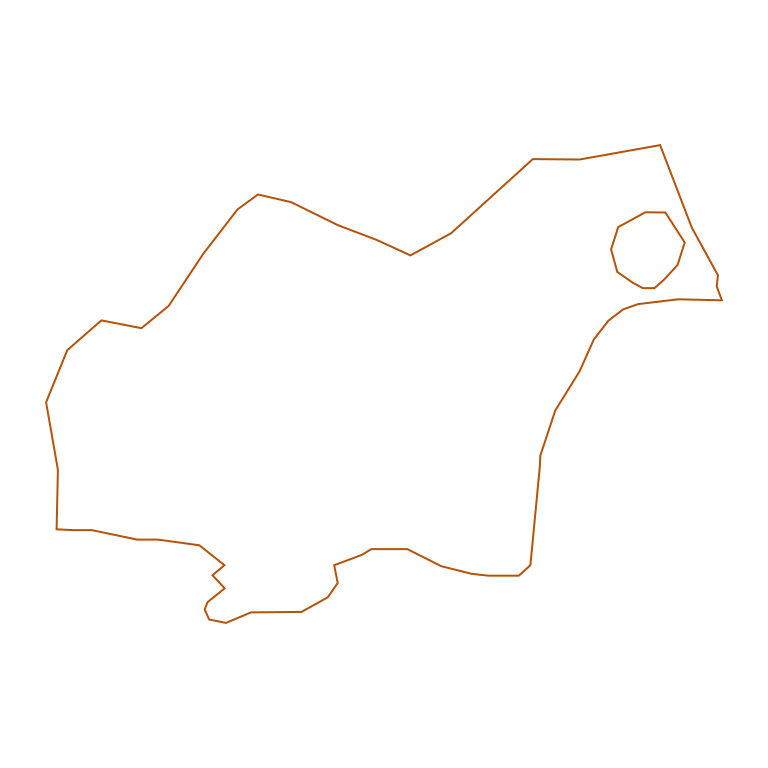 Sinpho City, Hamgyŏng-namdo, North Korea
{"feature_id": "82179303B3587564724867", "entity_name": "Sinpho City", "entity_type": "district", "adm_level": 2, "iso_a3": "PRK", "parent_name": "North Korea", "parent_adm1": "Hamgyŏng-namdo", "projection": "equal_earth", "projection_center": [128.266, 40.067], "detail": "fine", "context": "isolated", "style": "outline", "palette": "amber", "viewbox_px": 768, "rotation_deg": 0, "n_neighbors": 0, "source": "geoboundaries", "source_scale": "gbopen_adm2", "svg_char_len": 973}
<svg xmlns="http://www.w3.org/2000/svg" viewBox="0 0 768 768"><path d="M56.6,529.3L72.8,530.1L91.7,530.1L137.1,539.6L157.9,539.6L199.4,545.3L224.4,565.2L212.5,575.3L224.7,588.3L207.5,602.2L204.7,609.4L209.1,619.5L226.0,622.9L250.9,612.4L301.5,611.9L327.8,597.3L337.7,583.0L334.2,565.2L361.9,554.8L371.4,549.1L407.3,549.1L441.3,566.2L471.5,573.8L488.6,575.7L518.8,575.7L530.4,565.2L539.9,465.8L540.3,455.7L555.3,410.4L579.6,371.3L593.8,339.5L608.4,320.7L623.1,309.4L638.1,304.1L678.1,299.3L721.9,300.3L716.7,286.4L718.0,275.4L691.8,227.6L660.1,145.1L619.8,152.3L579.6,159.5L532.8,159.1L491.9,196.2L451.0,233.3L410.4,255.4L377.3,240.2L337.5,225.0L291.2,202.2L258.0,194.5L237.6,209.3L203.2,253.9L168.6,306.0L141.4,328.2L101.4,320.4L67.3,350.1L46.1,402.3L57.9,469.7L56.6,529.3ZM654.5,288.1L642.8,288.1L632.7,282.7L617.3,271.9L611.1,249.4L618.2,227.1L645.3,212.3L665.4,212.5L684.7,242.5L677.6,264.9L663.9,279.8L654.5,288.1Z" fill="none" stroke="#b45309" stroke-width="2"/></svg>